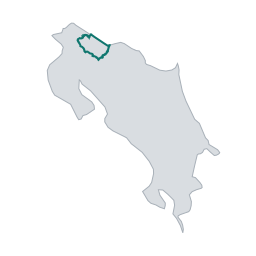 location of Upala, Alajuela, Costa Rica, rotated 13°
{"feature_id": "36466004B97209373697434", "entity_name": "Upala", "entity_type": "district", "adm_level": 2, "iso_a3": "CRI", "parent_name": "Costa Rica", "parent_adm1": "Alajuela", "projection": "mercator", "projection_center": [-85.236, 10.868], "detail": "fine", "context": "in_parent", "style": "outline", "palette": "teal", "viewbox_px": 256, "rotation_deg": 13, "n_neighbors": 0, "source": "geoboundaries", "source_scale": "gbopen_adm2", "svg_char_len": 4973}
<svg xmlns="http://www.w3.org/2000/svg" viewBox="0 0 256 256"><g transform="rotate(13 128 128)"><path d="M222.9,131.3L222.6,132.3L221.6,133.5L220.2,134.6L218.3,135.4L213.8,133.0L209.4,130.4L207.0,131.6L206.1,135.0L204.4,136.8L202.4,137.5L201.5,138.6L201.4,150.1L201.5,161.0L204.9,161.2L210.4,165.0L212.8,167.2L213.6,169.3L212.9,170.3L208.8,172.6L204.8,175.6L202.8,179.3L206.3,185.4L207.0,189.5L206.9,193.7L206.0,195.8L198.3,200.7L196.6,202.4L196.8,203.7L201.0,207.1L203.1,210.4L204.7,214.3L205.0,217.8L201.1,211.4L195.8,205.3L191.1,201.6L190.8,192.8L188.9,188.1L181.9,183.7L175.9,180.6L171.5,181.3L174.2,186.3L181.2,192.7L181.7,195.2L181.6,198.5L176.7,198.0L172.5,196.7L167.3,196.2L163.8,194.3L156.5,186.6L161.7,180.0L163.3,175.7L163.2,166.7L162.0,162.4L156.3,155.8L147.3,148.5L134.7,142.6L128.8,137.8L114.0,134.2L108.4,131.8L104.0,127.3L103.3,124.0L104.9,119.0L100.8,112.7L83.2,100.2L73.4,95.6L71.3,93.0L69.7,92.1L71.2,100.7L75.5,105.9L86.8,110.7L89.8,113.6L91.1,117.2L84.6,124.2L81.3,126.0L80.3,129.8L78.1,131.0L75.9,128.8L66.8,117.8L49.2,112.5L46.0,109.3L39.4,99.2L36.4,90.1L37.5,84.0L44.7,74.4L47.0,70.3L46.5,67.7L46.8,63.9L44.1,61.3L37.4,57.9L33.1,55.1L34.3,53.7L42.0,50.1L42.4,46.7L42.4,45.6L43.7,45.4L44.8,44.5L45.5,43.6L47.6,40.3L49.4,38.5L51.5,38.2L54.1,39.6L63.7,43.0L74.5,46.9L89.8,52.4L96.1,48.9L101.6,46.2L105.4,46.6L113.6,49.7L118.6,50.7L121.6,50.4L126.9,54.9L129.7,58.4L130.2,60.7L131.8,61.9L135.9,62.2L146.0,64.5L152.1,64.0L157.7,61.6L160.7,58.6L161.7,54.0L163.1,56.3L164.7,59.9L165.5,64.5L172.7,80.0L178.4,88.7L191.0,104.5L196.5,107.4L205.7,120.1L208.9,122.2L210.7,125.9L220.2,129.0L222.9,131.3Z" fill="#d9dde1" stroke="#a8b0b8" stroke-width="1"/><path d="M91.5,51.4L91.4,51.4L89.7,52.4L85.3,50.8L74.8,46.8L72.0,45.6L71.7,45.5L71.4,45.6L71.3,45.4L71.2,45.5L70.9,45.4L70.9,45.5L70.7,45.7L70.5,45.9L70.4,46.1L70.4,46.3L70.1,46.6L69.9,46.6L69.7,46.7L69.7,46.8L69.8,46.8L69.8,47.0L70.0,47.2L70.0,47.5L69.9,47.7L69.9,47.9L70.0,48.1L69.9,48.3L69.7,48.5L69.6,48.4L69.6,48.5L69.5,48.4L69.5,48.5L69.4,48.6L69.5,48.4L69.2,48.3L68.9,48.4L69.0,48.3L68.8,48.2L68.7,48.0L68.6,47.9L68.4,47.8L68.2,47.9L67.9,47.7L67.7,47.5L67.7,47.4L67.8,47.4L67.7,47.3L67.5,47.2L67.4,47.2L67.2,47.0L67.3,47.0L67.3,46.9L67.2,46.9L67.0,46.7L66.9,46.7L66.8,46.8L66.7,46.8L66.4,46.9L66.2,46.8L65.9,46.8L65.8,47.0L65.7,47.1L65.4,47.2L65.2,47.2L64.9,47.2L64.7,47.2L64.7,47.3L64.5,47.5L64.4,47.6L64.6,47.7L64.5,47.8L64.4,47.8L64.5,47.9L64.4,48.0L64.1,48.4L64.1,48.5L64.0,48.8L63.9,48.8L63.9,48.7L63.8,48.9L63.7,48.9L63.8,49.0L63.7,49.2L63.8,49.2L63.8,49.3L63.7,49.3L63.4,49.4L63.2,49.4L63.2,49.5L63.3,49.5L63.2,49.6L63.3,49.8L63.2,49.8L63.1,50.0L63.1,50.3L63.2,50.5L63.1,50.8L62.9,50.9L62.8,51.0L62.7,51.0L62.4,51.2L62.1,51.2L61.9,51.3L61.7,51.4L61.4,51.3L61.2,51.4L60.9,51.3L60.7,51.3L60.6,51.5L60.4,51.7L60.2,51.8L59.9,52.2L59.7,52.3L59.4,52.5L59.3,52.8L59.2,52.9L59.2,53.0L59.3,53.1L59.4,53.4L59.4,53.5L59.3,53.8L59.2,53.9L59.3,54.1L59.9,54.5L59.9,54.9L60.1,55.1L60.3,55.1L60.4,55.3L60.5,55.3L60.7,55.5L60.8,55.5L60.9,55.8L61.0,56.0L61.3,56.1L61.5,56.2L61.6,56.4L61.7,56.7L61.9,56.8L62.0,56.9L62.2,57.0L62.3,57.1L62.5,57.4L63.1,58.3L63.2,58.6L63.2,58.8L63.3,58.8L63.4,58.7L63.5,58.8L63.7,59.1L63.9,59.1L64.3,59.2L64.5,59.2L64.9,59.2L65.1,59.3L65.3,59.5L65.7,59.7L65.8,59.8L66.0,59.8L66.2,60.0L66.3,60.1L66.5,60.1L66.6,60.3L66.8,60.4L66.9,60.5L67.1,60.7L67.3,60.8L67.5,61.1L67.5,61.4L67.7,61.5L67.7,61.8L67.8,61.9L67.9,62.0L68.0,62.1L68.2,62.4L68.3,62.5L68.5,62.7L68.4,62.9L68.6,63.0L68.8,63.4L68.9,63.5L69.0,63.5L69.3,63.6L69.3,63.4L69.7,63.4L69.9,63.4L70.0,63.3L70.2,63.2L70.3,63.1L70.5,62.9L70.9,62.8L71.2,62.7L71.5,62.7L71.6,62.8L71.8,62.9L72.1,63.0L72.3,63.1L72.7,63.2L73.1,63.3L73.2,63.5L73.6,63.6L73.9,63.8L74.1,63.8L74.3,63.9L74.5,63.9L75.0,63.8L75.3,63.8L76.2,63.8L76.4,63.8L76.6,63.9L76.8,64.0L76.9,64.3L77.1,64.5L77.3,64.6L77.3,64.8L77.4,65.2L77.3,65.4L77.4,65.6L77.6,65.7L77.5,65.8L77.8,65.9L78.2,65.9L78.3,65.8L78.6,65.7L78.9,65.7L79.0,65.6L79.4,65.7L79.7,65.7L80.1,65.8L80.5,65.8L80.7,66.0L80.8,66.0L81.3,66.1L81.3,66.4L81.4,66.6L81.6,66.7L82.1,66.7L82.4,66.7L82.9,66.9L83.1,66.9L83.2,67.0L83.3,67.2L83.4,67.5L83.5,67.7L83.5,67.9L83.5,68.0L83.9,68.2L84.0,67.8L84.1,67.7L84.2,67.4L84.4,67.2L84.7,66.6L84.8,66.3L85.2,65.9L85.5,65.8L85.6,65.7L85.7,65.4L85.8,65.3L86.0,65.5L86.4,65.4L86.6,65.3L86.8,65.4L87.1,65.3L87.1,65.2L87.1,64.9L87.1,64.6L87.3,64.6L87.5,64.6L87.5,64.2L87.3,63.9L87.2,63.8L87.1,63.7L86.8,63.4L86.8,63.2L86.9,62.9L87.0,62.8L87.1,62.7L87.4,62.5L87.5,62.3L87.7,62.2L88.0,62.2L88.3,62.2L88.6,62.2L88.9,61.9L89.0,61.7L89.0,61.4L89.4,61.3L89.4,61.2L89.3,60.7L89.5,60.6L89.9,60.6L90.0,60.5L90.1,60.3L90.2,60.1L90.2,59.8L90.2,59.7L90.2,59.1L90.3,59.1L90.5,59.2L90.6,58.9L90.8,58.6L90.7,58.4L90.8,58.4L91.0,58.2L91.2,57.8L91.2,57.7L91.1,57.2L90.9,57.1L90.9,56.9L90.8,56.7L91.0,55.9L91.0,55.6L91.1,55.4L91.0,55.0L90.9,54.8L90.9,54.5L91.1,54.3L91.1,53.5L91.1,53.4L91.2,53.2L91.3,52.7L91.3,52.4L91.4,52.1L91.5,51.4Z" fill="none" stroke="#0f766e" stroke-width="2"/></g></svg>